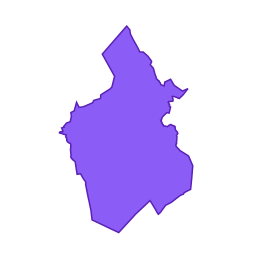 Overhalla nor, Nord-Trøndelag, Norway (Albers equal-area conic projection), rotated 346°
{"feature_id": "86288312B92736978662870", "entity_name": "Overhalla nor", "entity_type": "district", "adm_level": 2, "iso_a3": "NOR", "parent_name": "Norway", "parent_adm1": "Nord-Trøndelag", "projection": "albers", "projection_center": [12.025, 64.481], "detail": "fine", "context": "isolated", "style": "filled", "palette": "violet", "viewbox_px": 256, "rotation_deg": 346, "n_neighbors": 0, "source": "geoboundaries", "source_scale": "gbopen_adm2", "svg_char_len": 4667}
<svg xmlns="http://www.w3.org/2000/svg" viewBox="0 0 256 256"><g transform="rotate(346 128 128)"><path d="M120.9,50.1L127.5,74.5L122.4,84.2L120.2,85.7L110.6,88.9L109.5,89.4L109.1,90.9L108.7,92.2L107.8,92.8L104.3,92.8L103.0,92.9L101.5,92.9L99.8,94.9L99.0,95.1L94.1,95.9L91.9,96.3L89.6,96.5L88.5,96.5L87.8,96.5L85.5,95.9L84.3,90.6L80.0,98.3L76.3,99.2L75.9,103.0L73.4,108.0L71.1,108.1L69.3,108.4L68.7,108.9L68.5,109.1L65.9,111.0L66.1,111.8L63.6,111.9L64.0,113.9L64.0,114.6L64.0,115.0L64.1,115.6L63.8,115.9L63.5,115.7L63.0,115.5L62.8,115.4L61.7,115.4L61.1,115.5L60.6,115.5L60.3,116.2L61.6,116.9L61.8,117.0L64.7,118.9L65.0,119.0L65.4,119.2L66.3,119.7L66.2,120.0L66.0,120.3L65.9,120.5L65.7,120.8L65.6,121.0L65.6,121.4L65.5,121.7L65.5,121.8L65.6,122.0L65.8,122.5L66.0,122.8L66.0,123.1L65.9,123.4L65.9,123.8L65.8,124.1L65.7,124.6L65.6,125.0L65.5,125.5L66.2,127.2L66.4,127.5L66.8,127.9L67.0,128.1L68.4,129.1L68.4,130.7L68.3,131.3L68.0,131.9L67.9,132.4L67.9,132.7L67.5,133.7L67.0,134.7L66.3,139.5L66.2,140.1L66.1,140.7L65.5,142.2L65.7,142.6L65.6,142.9L65.6,143.1L65.9,143.7L66.0,143.9L66.2,144.1L66.2,144.4L66.2,144.6L66.3,144.8L66.5,145.0L66.8,145.5L66.9,145.8L67.2,146.0L68.6,147.9L67.4,160.6L70.9,161.0L72.4,166.5L73.9,170.1L73.2,172.6L73.2,173.1L72.9,178.4L72.6,185.0L72.6,185.5L72.5,187.1L72.5,189.5L72.4,191.2L72.1,199.0L71.9,200.8L71.7,202.0L71.2,206.0L70.9,208.5L71.5,209.0L72.5,209.8L80.3,216.2L83.2,218.6L83.9,219.2L93.7,227.2L111.6,215.4L114.4,213.5L121.2,209.7L128.5,205.6L131.8,203.8L133.2,208.0L134.9,213.5L135.6,216.3L136.5,219.0L137.9,218.4L139.1,217.7L145.8,212.1L152.1,210.6L156.8,208.5L162.5,206.0L165.8,205.6L166.7,204.5L168.4,203.9L173.9,202.7L177.5,192.7L181.7,180.3L180.0,169.8L173.6,163.1L172.7,162.1L172.3,160.8L172.2,160.7L171.8,160.3L171.7,160.1L171.5,159.9L171.4,159.8L171.3,159.7L171.3,159.4L171.2,159.3L171.0,159.0L170.8,158.5L170.6,158.1L170.5,157.9L170.5,157.7L170.4,157.6L170.4,157.4L170.2,157.1L170.3,157.0L170.3,156.9L170.3,156.6L170.4,156.4L170.4,156.2L170.4,155.9L170.4,155.7L170.5,155.5L170.6,155.4L170.8,155.4L170.9,155.2L171.0,155.2L171.3,155.1L171.5,154.6L171.5,154.2L171.4,154.1L171.5,153.9L171.5,153.7L171.5,153.4L171.7,153.2L171.7,152.9L171.9,152.8L172.0,152.7L172.1,152.4L172.4,151.5L172.7,150.6L172.9,150.0L173.2,148.6L173.4,148.2L173.2,147.9L173.3,147.4L173.3,147.2L173.3,146.8L173.7,146.5L173.9,146.3L174.2,146.1L174.4,145.8L174.5,145.6L174.8,145.4L175.0,145.4L175.0,145.2L174.9,145.0L174.9,144.6L174.9,144.4L174.8,143.9L174.8,143.7L174.7,143.6L174.7,143.4L174.6,143.2L174.4,142.9L174.2,142.5L174.0,142.4L173.9,142.2L173.8,141.4L173.7,141.1L173.6,140.6L173.7,140.2L173.7,139.9L173.6,139.2L173.8,138.9L174.0,138.7L174.0,138.2L173.9,137.9L173.7,137.5L173.3,137.2L173.2,137.3L173.1,137.1L172.8,137.1L172.3,136.7L172.2,136.6L172.2,136.4L172.0,136.2L171.6,136.0L171.4,136.1L171.1,135.7L170.8,135.4L170.4,134.9L168.4,135.3L166.7,136.2L164.9,135.3L164.5,135.1L164.2,134.9L163.9,134.9L163.2,134.8L163.0,134.2L162.7,133.6L162.8,133.5L162.9,133.4L162.7,133.0L162.5,132.8L162.5,132.6L162.4,132.5L162.3,132.4L162.3,132.2L162.2,132.0L162.2,131.9L162.3,131.8L162.3,131.7L162.3,131.4L162.3,131.2L162.3,130.9L162.2,130.8L162.1,130.6L162.2,130.4L162.0,130.2L161.9,130.1L161.9,129.9L161.8,129.7L161.7,129.6L161.8,129.4L161.7,129.3L161.8,129.2L162.0,129.0L162.1,128.9L162.2,128.7L162.3,128.5L162.2,128.4L162.3,128.4L162.5,128.2L162.7,127.8L162.7,127.7L162.8,127.6L162.8,127.4L163.0,127.2L163.0,126.9L163.3,126.5L163.3,126.4L163.5,126.3L163.6,126.2L164.7,125.2L169.4,122.5L171.5,123.5L174.4,117.9L173.4,116.8L173.8,116.3L173.7,116.0L173.6,115.3L174.0,115.1L173.8,114.6L173.4,113.9L173.6,113.3L173.2,112.9L173.7,112.2L176.3,112.6L178.1,112.8L178.4,112.2L178.6,111.4L178.6,110.1L178.6,109.4L178.6,108.1L180.6,108.7L181.9,109.7L182.3,109.8L182.5,109.9L183.1,110.6L183.4,110.7L183.6,110.9L183.6,111.0L184.1,111.2L184.5,111.5L184.8,111.8L189.3,109.3L195.7,104.3L189.7,105.3L188.2,103.5L183.3,98.0L182.2,94.8L182.1,94.5L181.9,93.5L181.1,91.0L174.8,92.3L173.2,95.9L170.4,93.9L170.3,93.6L170.3,93.3L170.3,93.1L170.3,92.9L170.3,92.7L170.2,92.0L170.0,91.5L169.9,91.3L169.4,90.8L169.6,90.3L169.5,89.8L169.3,89.6L169.2,89.5L169.0,89.3L168.9,89.2L168.6,88.8L168.5,88.7L168.4,88.4L168.3,88.2L168.2,88.0L168.1,87.9L167.9,87.5L167.5,87.0L167.5,86.9L167.5,86.0L167.6,85.1L167.2,82.6L167.1,76.2L164.9,71.9L165.0,71.8L165.0,71.7L165.4,71.3L165.6,71.1L165.9,70.8L166.0,70.7L166.2,70.4L166.3,70.3L166.4,70.1L166.6,70.0L166.7,69.8L166.8,69.7L166.9,69.4L166.9,69.1L167.0,68.8L164.6,63.0L164.2,62.5L163.8,61.9L161.2,58.0L157.9,57.1L157.0,52.9L154.2,42.5L153.1,37.3L153.5,33.2L151.4,28.8L136.2,39.4L120.9,50.1Z" fill="#8b5cf6" stroke="#5b21b6" stroke-width="1.5"/></g></svg>